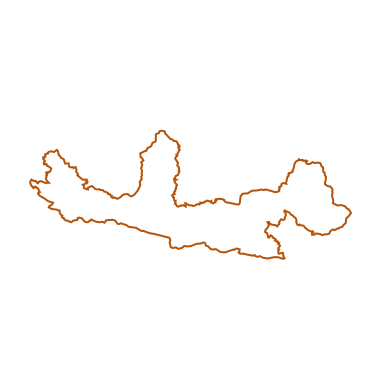 the district of Pyinoolwin, Mandalay, Myanmar, rotated 284°
{"feature_id": "60261553B76986100212845", "entity_name": "Pyinoolwin", "entity_type": "district", "adm_level": 2, "iso_a3": "MMR", "parent_name": "Myanmar", "parent_adm1": "Mandalay", "projection": "robinson", "projection_center": [96.329, 22.676], "detail": "fine", "context": "isolated", "style": "outline", "palette": "amber", "viewbox_px": 384, "rotation_deg": 284, "n_neighbors": 0, "source": "geoboundaries", "source_scale": "gbopen_adm2", "svg_char_len": 6043}
<svg xmlns="http://www.w3.org/2000/svg" viewBox="0 0 384 384"><g transform="rotate(284 192 192)"><path d="M249.9,296.1L250.2,295.3L249.1,292.1L249.9,291.6L249.1,289.3L249.6,287.8L248.6,287.8L247.4,286.1L246.4,285.4L244.1,284.7L239.1,284.9L237.4,284.3L236.2,284.8L234.4,283.2L233.8,281.4L232.8,281.1L232.2,281.8L230.6,281.7L230.0,281.0L223.7,281.0L222.9,281.5L222.8,278.4L221.4,276.9L219.1,277.2L218.4,275.7L217.5,275.4L216.5,276.3L215.4,275.8L214.1,276.4L212.7,274.8L212.0,272.8L212.3,262.8L211.2,261.2L211.1,258.4L209.7,255.9L207.7,249.8L204.2,246.4L202.5,241.4L199.6,240.2L192.7,241.0L191.5,240.7L190.9,239.6L190.3,227.2L191.7,225.0L192.1,225.1L192.4,223.0L191.8,219.2L190.1,217.7L190.9,217.1L190.6,216.6L189.6,216.6L189.5,217.5L188.4,216.9L187.7,217.2L187.5,216.4L186.1,215.3L186.5,212.9L187.9,212.9L187.2,212.0L187.2,208.3L185.8,207.3L185.4,206.4L184.7,206.4L184.5,205.2L183.5,204.3L183.7,203.1L183.1,203.5L182.5,202.4L181.6,202.0L181.9,200.6L179.3,197.8L178.6,195.9L179.0,195.3L178.4,192.1L179.0,191.1L178.6,189.3L179.6,188.7L179.6,188.2L176.4,189.4L177.1,186.4L176.0,185.0L176.1,184.1L174.4,182.3L174.5,181.0L176.1,179.2L177.1,178.9L176.9,178.2L179.4,178.2L179.1,177.6L179.9,176.6L182.4,175.6L182.4,174.8L183.2,174.6L183.8,173.5L185.2,174.3L185.7,175.6L186.5,174.8L187.8,174.7L188.4,175.5L190.6,175.2L191.4,175.8L193.0,175.3L195.1,175.9L197.2,173.0L198.7,172.2L200.1,173.7L200.1,171.6L200.5,171.4L201.0,172.1L203.6,172.3L205.2,174.3L209.0,174.8L209.5,173.9L210.4,174.2L212.9,173.2L214.0,171.5L215.2,171.1L216.8,171.5L220.3,167.6L221.6,167.7L223.3,168.8L224.1,168.1L224.3,168.9L226.0,168.6L227.2,169.2L228.9,169.2L229.7,169.9L231.9,167.9L233.0,167.8L232.9,168.9L234.0,168.6L234.7,166.8L235.6,166.5L237.4,164.6L237.2,161.6L238.0,160.9L238.4,157.9L242.6,151.5L244.3,150.8L244.0,147.0L242.7,145.6L241.1,145.6L239.8,143.5L239.0,143.0L233.0,144.5L231.7,144.0L230.3,141.9L226.8,141.3L225.2,140.1L224.2,138.4L220.8,137.6L220.5,136.6L216.9,132.4L213.2,133.9L212.8,135.3L210.8,137.2L208.6,135.5L206.2,137.2L202.8,136.9L199.9,138.6L198.5,138.5L195.9,139.4L194.5,139.1L192.3,140.1L189.1,138.8L186.1,140.2L180.3,139.0L175.6,136.8L173.4,134.7L173.0,133.4L174.5,130.0L173.1,126.4L171.8,125.0L169.9,124.1L167.5,121.6L167.4,120.6L167.9,118.5L167.7,117.2L167.2,117.0L167.3,115.5L168.3,114.6L168.9,115.0L169.2,113.5L169.9,113.0L169.8,110.9L170.7,110.7L171.3,108.0L171.2,106.5L172.2,105.1L171.8,102.4L172.3,101.3L171.7,100.3L171.5,97.6L173.7,93.6L170.9,89.8L169.4,90.5L169.2,88.7L169.8,86.1L171.6,85.8L172.6,84.4L172.9,85.4L174.5,86.3L174.8,87.7L175.9,88.3L176.3,88.3L176.8,87.0L177.2,87.4L178.5,87.0L178.5,86.0L177.6,83.9L177.7,82.5L180.3,77.1L180.6,77.5L181.6,77.1L183.9,74.6L185.9,74.4L188.0,73.0L186.7,71.4L187.1,71.3L187.3,70.2L186.5,68.4L187.0,66.6L189.9,65.4L188.9,62.0L192.8,59.6L193.6,56.4L195.1,55.1L195.4,53.9L199.4,51.9L200.1,50.7L197.4,48.4L197.4,45.6L196.3,43.3L195.1,42.5L194.5,42.9L193.0,40.4L190.9,41.2L190.7,40.5L189.9,40.6L189.6,39.2L187.9,39.7L186.8,41.5L185.8,41.9L184.9,41.0L183.0,41.8L183.9,43.6L183.7,44.3L182.3,44.9L182.1,46.7L180.8,49.7L177.7,49.5L176.9,48.7L176.9,48.1L175.8,47.6L176.1,46.2L175.4,45.8L174.2,47.1L172.9,47.2L172.7,46.6L170.8,47.2L169.7,46.9L167.8,48.4L166.3,50.8L165.3,47.4L166.0,42.8L164.7,40.7L163.3,40.4L163.2,39.9L164.9,37.6L164.4,36.0L165.2,33.2L162.7,32.6L161.5,32.9L159.2,34.6L158.7,35.9L157.7,36.7L157.4,37.3L159.1,38.3L159.4,39.0L158.7,39.4L158.1,42.0L155.9,43.2L155.1,44.5L153.7,42.9L153.0,43.1L151.4,45.5L150.1,50.2L148.3,54.6L148.0,59.8L146.2,59.4L143.5,56.8L142.4,56.7L141.6,60.0L142.2,65.1L141.7,66.8L142.1,67.9L139.8,68.7L138.2,70.3L137.8,71.9L136.1,71.8L135.7,73.9L135.1,74.0L133.9,76.1L134.1,78.6L133.4,81.1L133.5,82.2L135.5,83.7L137.1,87.5L139.2,87.4L139.8,88.4L139.8,91.5L137.2,95.3L137.1,97.3L137.9,98.8L139.6,99.7L139.9,100.8L140.9,100.9L140.0,105.8L140.2,109.5L141.4,112.3L141.0,114.5L143.9,115.6L145.8,121.6L145.7,124.4L143.1,127.5L143.4,129.3L144.4,130.5L144.0,136.5L142.9,138.8L143.7,146.4L142.0,152.2L142.5,154.5L141.8,160.4L142.2,166.6L142.1,181.1L140.2,182.5L137.4,182.6L133.5,184.7L132.9,186.6L134.3,189.8L133.5,192.5L135.3,195.8L137.7,197.5L138.0,200.4L139.2,203.9L142.9,209.1L144.1,212.9L145.9,215.5L145.6,217.1L143.4,218.4L143.1,221.0L141.2,223.8L141.2,226.1L142.2,228.6L142.2,229.8L140.8,233.2L140.9,236.5L141.6,239.0L146.2,246.0L146.1,247.0L147.9,248.6L147.9,252.1L145.9,252.3L144.6,251.8L143.7,253.8L144.4,255.1L144.9,266.2L145.9,268.1L145.3,268.4L145.0,270.4L145.0,271.6L146.2,273.5L145.4,276.7L145.7,281.4L148.7,287.6L149.6,291.7L149.1,296.0L150.0,297.8L151.8,296.2L154.9,295.0L154.6,293.7L153.0,291.4L153.2,290.9L156.2,289.7L157.3,290.5L158.3,289.3L161.0,290.4L161.9,289.7L162.2,288.5L163.7,288.8L163.8,287.0L164.7,287.1L164.9,284.3L166.3,284.7L167.3,281.3L168.1,281.2L169.0,278.7L166.4,277.9L166.3,277.0L170.2,274.9L170.9,272.5L173.1,272.5L175.2,273.8L178.4,274.7L181.0,272.5L181.6,273.8L180.6,274.7L179.6,277.0L180.0,280.7L179.3,283.1L180.2,283.1L181.7,284.3L182.6,284.5L183.4,283.7L187.0,285.0L186.9,287.4L188.4,288.5L189.5,288.2L192.0,288.7L195.2,287.6L194.8,286.9L195.3,286.3L196.5,286.3L195.5,291.8L194.0,293.4L193.7,295.3L192.4,297.0L192.1,298.5L190.6,299.8L188.8,300.5L188.2,300.3L185.8,302.1L185.5,303.6L186.5,304.4L186.1,305.9L186.3,308.4L184.5,310.7L183.1,313.8L182.4,317.7L183.1,318.6L182.3,319.6L180.9,318.5L179.6,318.9L180.1,320.9L181.8,322.6L182.2,326.4L181.7,329.0L182.6,330.1L183.8,333.6L184.8,335.2L187.5,335.8L189.4,337.2L189.7,337.9L189.4,339.4L191.5,341.6L192.0,343.2L193.0,343.6L194.8,346.5L196.0,346.6L199.0,348.6L203.7,348.1L206.7,350.0L210.1,351.4L213.1,348.2L213.4,346.4L215.0,344.2L215.4,342.7L215.3,339.7L214.1,336.3L215.3,331.4L217.7,331.2L222.2,328.8L225.2,328.6L226.0,327.9L227.9,328.0L229.3,327.1L230.7,324.8L230.6,322.2L231.6,319.3L233.4,318.7L236.2,318.9L239.4,318.2L240.2,317.0L243.0,315.9L243.0,315.0L244.3,314.1L246.7,313.6L247.8,312.9L248.0,311.7L250.9,309.7L251.1,307.4L249.8,303.9L250.1,301.7L248.3,300.2L247.5,298.9L247.2,297.3L247.4,296.2L248.3,295.2L249.1,295.2L249.9,296.1Z" fill="none" stroke="#b45309" stroke-width="2"/></g></svg>